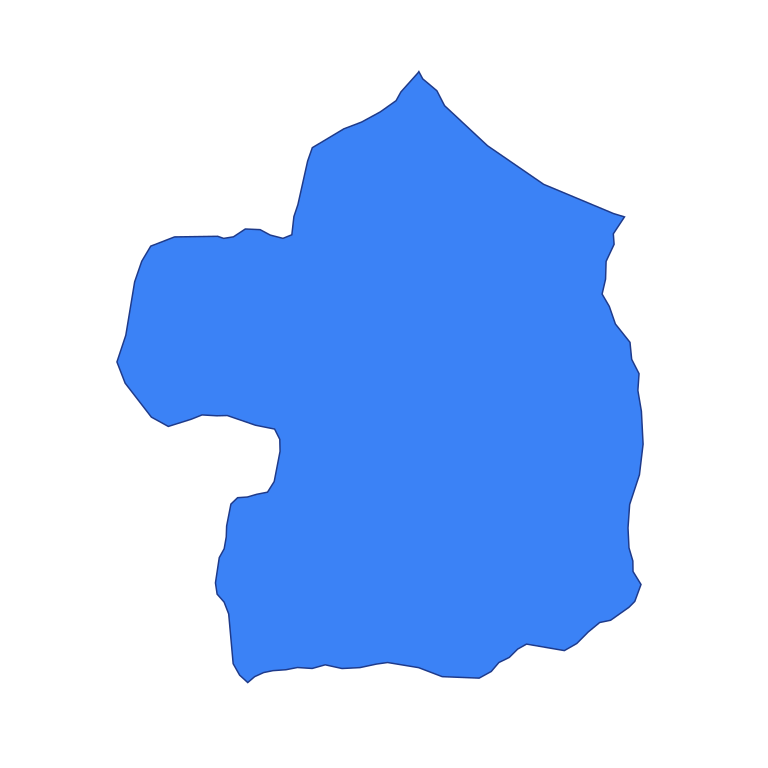 outline of Rabat - Salé - Zemmour - Zaer, rotated 82°
{"feature_id": "MAR-1451", "entity_name": "Rabat - Salé - Zemmour - Zaer", "entity_type": "Region", "adm_level": 1, "iso_a3": "MAR", "parent_name": "Morocco", "parent_adm1": "", "projection": "mercator", "projection_center": [-6.34, 33.685], "detail": "fine", "context": "isolated", "style": "filled", "palette": "blue", "viewbox_px": 768, "rotation_deg": 82, "n_neighbors": 0, "source": "natural_earth", "source_scale": "10m", "svg_char_len": 1449}
<svg xmlns="http://www.w3.org/2000/svg" viewBox="0 0 768 768"><g transform="rotate(82 384 384)"><path d="M79.5,306.0L87.2,303.2L101.0,290.8L116.8,285.3L162.4,248.4L208.5,198.1L247.1,133.1L252.0,122.6L267.2,136.0L277.7,136.7L293.5,147.0L311.0,150.0L325.3,155.5L338.5,150.1L356.8,146.5L377.0,134.6L394.0,135.3L409.3,130.0L425.7,133.5L446.8,132.9L479.6,135.8L509.5,143.7L537.5,157.5L560.5,162.4L580.3,164.2L593.9,162.2L604.3,163.5L618.3,157.4L634.2,165.9L639.2,172.5L649.5,192.5L650.2,203.6L658.0,216.3L667.8,229.2L673.1,242.5L661.4,279.1L665.1,288.5L672.2,298.0L675.8,309.0L683.6,317.8L688.5,330.7L681.9,367.1L669.7,389.2L660.3,419.2L660.3,430.5L661.5,447.3L659.9,465.2L653.9,481.3L655.7,494.7L652.7,509.2L653.3,520.8L652.4,533.9L653.0,543.3L655.8,552.8L660.7,560.5L652.2,567.5L640.0,572.3L590.1,569.8L577.7,572.7L568.9,578.5L557.5,578.6L533.0,571.3L524.9,565.2L513.5,561.5L502.7,559.6L481.6,552.3L476.2,544.8L476.9,535.1L475.5,525.4L474.9,514.4L465.3,506.3L436.2,496.3L424.3,494.9L413.4,498.6L406.9,517.1L393.4,543.6L392.2,554.0L389.3,568.5L392.0,579.5L396.0,603.5L384.4,619.0L347.2,640.2L325.0,645.4L299.8,632.9L248.1,616.7L228.7,606.8L215.0,595.8L209.2,571.0L214.6,528.1L217.5,522.5L217.3,512.6L211.2,499.8L213.9,485.2L220.7,475.9L225.7,463.8L223.4,454.5L205.6,449.9L194.4,444.3L152.6,428.6L140.0,422.1L125.7,388.2L121.5,369.8L114.0,349.8L105.1,332.6L97.1,326.6L80.5,306.9L79.5,306.0Z" fill="#3b82f6" stroke="#1e3a8a" stroke-width="1.5"/></g></svg>